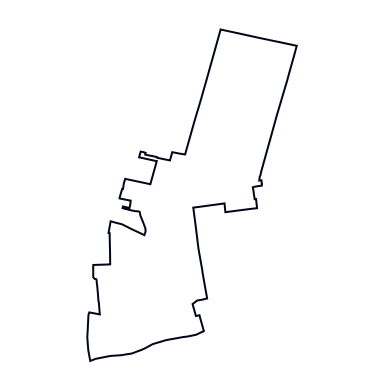 Grojdibodu, Romania, rotated 355°
{"feature_id": "2599482B80602917184212", "entity_name": "Grojdibodu", "entity_type": "district", "adm_level": 2, "iso_a3": "ROU", "parent_name": "Romania", "parent_adm1": "", "projection": "robinson", "projection_center": [24.245, 43.755], "detail": "fine", "context": "isolated", "style": "outline", "palette": "ink", "viewbox_px": 384, "rotation_deg": 355, "n_neighbors": 0, "source": "geoboundaries", "source_scale": "gbopen_adm2", "svg_char_len": 2756}
<svg xmlns="http://www.w3.org/2000/svg" viewBox="0 0 384 384"><g transform="rotate(355 192 192)"><path d="M75.9,351.4L81.5,349.8L96.4,348.2L107.8,348.4L113.7,347.9L117.7,347.7L128.9,344.6L129.7,344.3L131.1,343.8L131.8,343.5L139.7,340.1L153.3,337.3L169.8,335.8L170.5,335.7L171.0,335.7L174.8,335.6L183.5,334.6L191.7,331.6L189.4,319.5L188.7,315.4L185.1,315.9L182.8,303.7L185.3,302.1L187.8,300.5L191.7,300.3L197.8,299.4L196.5,284.7L195.4,272.3L195.5,271.8L193.5,249.0L193.4,246.3L192.8,228.8L192.5,220.8L191.9,207.7L215.8,206.6L223.4,206.2L223.5,215.0L238.0,214.4L247.6,214.0L255.4,213.8L255.2,204.6L253.8,204.6L253.4,198.1L253.4,196.8L253.0,192.6L253.3,192.5L254.4,192.3L256.1,192.1L257.5,192.0L259.0,191.9L262.2,191.7L262.2,190.9L262.2,190.5L262.2,189.5L262.4,189.5L262.4,188.9L262.2,188.1L262.2,186.4L260.0,186.5L260.8,182.7L261.7,181.2L262.7,177.6L262.9,177.2L275.3,144.2L283.4,122.5L296.7,88.8L298.8,83.0L305.5,65.3L308.6,56.8L309.1,55.5L306.5,54.7L273.2,44.6L272.5,44.4L267.8,42.9L236.5,33.2L235.6,32.9L235.1,32.8L234.7,32.6L225.7,56.5L223.4,62.6L222.2,65.8L222.0,66.3L215.2,84.4L211.6,93.7L209.6,99.1L205.3,110.0L203.0,115.7L200.9,121.0L198.5,127.3L196.5,132.6L188.4,154.0L182.7,152.6L175.8,150.6L172.8,158.6L167.2,157.0L160.8,155.0L160.7,155.0L160.8,154.7L160.5,154.4L160.0,154.1L159.5,154.0L158.1,153.5L148.9,150.8L148.6,150.6L149.2,148.9L147.3,148.2L146.9,148.0L145.9,147.7L144.4,147.3L142.3,152.8L159.1,158.1L159.3,158.0L159.6,158.1L157.4,164.1L156.7,165.9L151.2,180.6L126.6,173.1L124.7,177.9L124.6,178.6L124.3,179.5L124.2,180.0L124.0,181.4L123.7,182.1L123.6,182.6L123.5,183.0L122.7,182.8L121.7,185.5L121.5,185.8L121.2,186.7L119.9,190.0L119.2,191.7L119.2,191.9L119.3,192.1L119.9,192.3L128.8,194.9L129.7,195.1L130.1,195.2L130.2,195.4L130.1,195.7L129.8,196.9L129.8,197.5L129.6,198.1L129.5,198.9L128.8,200.9L128.3,202.5L122.0,200.4L121.4,201.9L123.9,203.0L125.9,203.6L127.5,204.2L129.6,204.9L130.5,205.2L131.3,205.4L132.9,205.9L133.7,206.1L135.4,206.4L136.4,206.6L137.2,206.8L137.9,207.0L138.1,207.2L138.2,207.4L138.4,209.5L138.5,210.9L138.7,211.6L139.2,213.2L140.1,216.1L141.2,219.8L141.6,221.4L142.2,223.5L142.4,224.2L142.4,225.1L142.4,226.2L142.2,227.6L142.0,228.1L141.7,228.7L141.4,229.3L140.8,230.8L134.8,227.3L128.7,223.8L124.4,221.1L119.3,218.0L114.6,216.4L108.4,214.1L105.3,225.5L106.4,225.8L106.2,228.1L105.9,232.6L105.9,233.4L105.8,234.2L105.4,240.0L105.1,244.9L104.2,256.8L103.9,257.0L87.3,256.1L87.2,256.4L86.2,268.3L86.3,268.6L86.6,269.0L87.5,270.1L88.3,270.2L88.6,270.3L88.9,270.5L89.2,270.8L89.3,273.5L89.2,275.5L89.3,276.1L89.4,276.4L89.3,277.9L89.4,278.8L89.4,287.2L89.3,292.7L89.6,293.7L89.5,299.8L89.5,305.9L79.2,303.0L78.1,305.6L75.6,323.8L75.0,327.7L74.9,340.6L75.9,351.4Z" fill="none" stroke="#020617" stroke-width="2"/></g></svg>